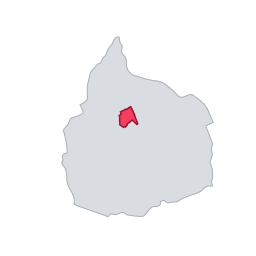 Nkayi, Matabeleland North, Zimbabwe (highlighted), rotated 66°
{"feature_id": "62879985B68584159333685", "entity_name": "Nkayi", "entity_type": "district", "adm_level": 2, "iso_a3": "ZWE", "parent_name": "Zimbabwe", "parent_adm1": "Matabeleland North", "projection": "orthographic", "projection_center": [28.451, -18.923], "detail": "fine", "context": "in_parent", "style": "filled", "palette": "rose", "viewbox_px": 256, "rotation_deg": 66, "n_neighbors": 0, "source": "geoboundaries", "source_scale": "gbopen_adm2", "svg_char_len": 4343}
<svg xmlns="http://www.w3.org/2000/svg" viewBox="0 0 256 256"><g transform="rotate(66 128 128)"><path d="M175.4,208.3L173.4,206.9L170.7,206.0L167.3,205.5L162.8,205.6L157.3,206.3L151.4,205.3L145.1,202.7L139.8,201.8L133.5,202.9L133.3,202.9L132.2,202.0L130.5,200.2L127.6,199.8L126.8,199.4L126.2,198.7L125.8,197.8L125.6,196.8L126.1,193.8L125.9,193.5L125.1,193.1L123.5,192.7L119.7,191.3L115.0,190.0L107.3,188.5L104.3,188.1L103.6,187.7L102.7,186.6L101.2,183.1L99.8,180.8L96.4,177.2L95.9,176.1L96.1,173.3L96.3,171.0L96.6,169.1L96.5,167.2L96.4,165.0L96.5,163.5L96.1,162.8L94.8,162.4L91.4,162.2L87.2,162.3L87.1,160.0L86.6,156.4L85.8,154.4L84.9,153.4L82.9,152.3L79.0,150.8L73.7,148.5L69.1,145.1L63.8,141.0L62.2,140.2L60.2,136.3L57.2,129.5L57.4,127.2L56.9,126.1L54.0,122.8L53.3,121.0L52.8,119.3L48.2,114.4L46.6,112.3L45.4,109.6L44.1,107.4L43.1,106.5L41.8,105.1L40.9,103.4L40.4,102.1L40.7,100.4L41.2,99.2L45.5,100.3L47.9,100.4L49.8,99.8L52.1,100.5L54.9,102.7L57.8,103.1L61.1,101.7L65.4,102.0L71.0,104.2L75.5,104.6L80.9,102.6L85.8,97.1L90.3,91.9L94.8,86.0L97.5,81.2L101.4,77.3L106.7,74.3L112.0,71.7L120.2,68.7L121.9,66.1L122.4,63.3L122.4,59.4L122.9,56.9L123.7,55.8L125.1,54.9L126.9,53.7L132.3,50.8L136.9,48.9L142.4,47.7L148.4,47.8L154.3,47.8L157.6,47.8L157.6,51.6L157.8,55.8L158.5,56.2L162.9,56.3L169.9,56.7L176.7,57.1L180.9,60.2L182.4,60.9L186.9,61.8L192.5,67.0L199.4,67.6L204.1,69.3L208.2,71.1L210.6,73.3L212.1,73.8L214.2,74.0L215.2,74.2L215.0,75.7L213.5,78.2L213.6,81.9L215.4,87.0L215.6,91.4L214.8,99.2L214.6,106.7L214.8,109.4L215.0,111.2L215.4,112.2L215.3,113.3L214.1,116.4L213.1,119.7L213.0,121.0L212.7,122.0L212.0,122.8L209.0,124.2L208.4,125.2L208.4,126.9L208.7,128.3L209.8,128.9L211.2,129.8L211.7,130.9L211.6,132.0L211.2,134.1L209.9,137.6L211.0,141.6L212.2,144.2L214.0,147.3L214.7,149.2L214.6,150.5L214.3,151.8L211.4,157.2L209.4,160.6L206.9,164.2L203.6,166.4L202.8,167.5L202.4,168.8L202.5,171.5L202.3,174.4L199.4,178.7L201.0,182.6L200.6,182.9L199.7,183.5L195.7,187.6L191.7,191.9L188.8,195.0L185.4,198.5L181.7,202.5L178.5,205.9L175.4,208.3Z" fill="#d9dde1" stroke="#a8b0b8" stroke-width="1"/><path d="M125.6,131.8L125.6,131.7L125.6,131.3L125.5,131.1L125.5,130.9L125.5,130.5L125.6,130.4L125.7,130.2L125.7,129.8L125.7,129.7L125.9,129.7L125.8,129.4L125.7,129.3L125.8,129.2L125.7,129.0L125.6,128.9L125.5,128.7L125.4,128.6L125.2,128.3L125.2,128.2L124.9,128.0L124.9,127.9L125.0,127.8L125.0,127.7L124.9,127.7L124.7,127.6L124.4,127.6L124.2,127.5L124.1,127.4L124.1,127.2L123.9,126.5L123.8,126.2L123.8,125.8L123.7,125.7L123.7,125.4L123.6,125.0L123.5,124.5L123.4,124.4L123.2,123.5L123.0,122.7L122.8,121.9L122.7,121.2L122.5,120.6L123.4,120.4L123.8,120.3L125.5,119.6L126.1,119.4L126.4,119.3L127.0,119.0L127.3,118.9L128.0,118.6L128.4,118.5L128.4,118.0L127.9,117.5L127.7,117.3L127.6,117.2L127.3,117.2L125.7,117.2L125.0,117.1L124.2,117.1L123.4,117.1L122.5,117.1L121.7,117.0L119.9,117.0L119.7,117.0L119.7,116.9L119.3,116.8L119.2,116.8L119.1,116.7L118.8,116.7L118.6,116.6L118.4,116.5L118.2,116.5L117.9,116.6L117.7,116.6L117.6,116.8L117.5,116.7L117.4,116.7L117.2,116.7L116.9,116.7L116.7,116.7L116.5,116.8L116.4,116.8L116.3,116.7L116.2,116.7L116.1,116.8L116.0,116.7L115.9,116.6L115.7,116.6L115.2,116.7L114.9,116.7L114.7,116.7L114.4,116.7L114.3,116.8L114.2,116.8L114.1,116.7L114.0,116.8L113.9,116.8L113.8,116.7L113.7,116.8L113.4,116.8L113.2,116.8L112.9,116.8L112.7,116.9L112.3,116.7L112.2,116.7L111.9,116.7L111.8,116.8L111.7,116.8L111.4,116.8L111.2,116.8L110.8,116.9L110.7,116.9L110.4,116.9L110.2,116.8L109.9,116.8L109.7,116.8L109.6,117.0L109.6,117.3L109.6,117.5L109.7,117.9L109.8,118.3L109.8,118.5L109.9,118.8L109.9,119.0L110.0,119.1L110.2,119.3L110.1,119.5L109.9,119.6L110.0,119.7L110.0,119.8L110.1,120.0L110.3,120.4L110.3,120.5L110.3,120.8L110.4,121.0L110.4,121.3L110.3,121.5L110.3,121.8L110.3,122.0L110.2,122.0L110.0,122.3L109.9,122.3L109.9,122.5L110.0,122.9L110.0,124.0L110.1,124.7L110.1,127.1L110.2,127.4L110.2,127.9L110.2,128.0L110.2,128.3L110.3,128.3L110.5,128.4L110.8,128.4L111.0,128.4L111.1,128.5L111.3,128.6L111.5,128.6L111.8,128.7L112.0,128.7L112.1,128.8L112.3,128.8L112.5,128.9L112.9,129.0L112.9,130.2L112.9,130.9L114.3,131.2L114.8,131.2L115.9,131.8L116.9,132.2L117.6,132.5L118.9,133.0L120.0,133.4L121.0,133.9L121.8,134.2L123.3,133.2L123.6,133.1L124.0,132.8L124.6,132.4L125.5,131.8L125.6,131.8Z" fill="#f43f5e" stroke="#9f1239" stroke-width="1.5"/></g></svg>